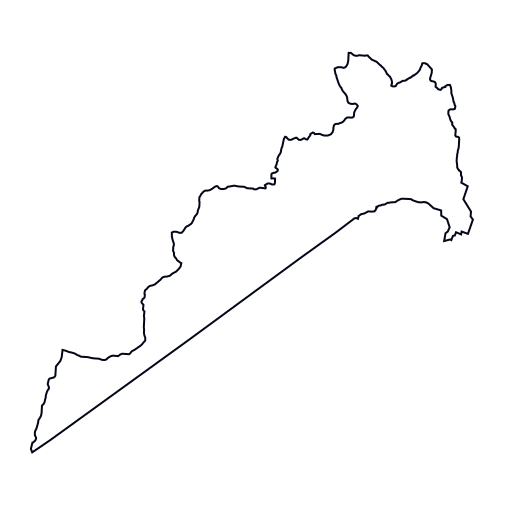 El Guarco, Cartago, Costa Rica (Mercator projection), rotated 93°
{"feature_id": "36466004B87567829139505", "entity_name": "El Guarco", "entity_type": "district", "adm_level": 2, "iso_a3": "CRI", "parent_name": "Costa Rica", "parent_adm1": "Cartago", "projection": "mercator", "projection_center": [-83.936, 9.732], "detail": "fine", "context": "isolated", "style": "outline", "palette": "ink", "viewbox_px": 512, "rotation_deg": 93, "n_neighbors": 0, "source": "geoboundaries", "source_scale": "gbopen_adm2", "svg_char_len": 5925}
<svg xmlns="http://www.w3.org/2000/svg" viewBox="0 0 512 512"><g transform="rotate(93 256 256)"><path d="M463.8,469.2L450.5,451.7L344.0,319.6L254.0,209.5L228.7,177.9L213.3,159.7L212.8,158.1L213.5,156.1L210.7,155.6L208.7,153.1L207.9,150.1L205.6,146.3L205.6,142.4L205.2,139.9L204.6,139.7L203.8,138.9L202.7,138.7L201.2,137.7L201.1,138.4L200.7,138.4L199.2,135.5L199.0,134.1L198.1,132.5L198.1,131.3L197.7,129.9L195.9,127.2L195.9,126.1L195.7,125.0L195.4,124.4L195.0,120.2L194.6,119.2L193.4,117.8L191.9,115.2L191.3,113.9L191.1,112.5L191.1,104.0L191.9,103.0L192.6,101.0L193.8,96.7L193.8,93.2L193.4,92.2L193.4,89.5L193.6,89.4L193.6,88.6L194.7,86.4L199.0,81.1L200.8,73.5L206.0,73.1L209.2,67.2L217.2,64.1L221.6,65.8L223.3,67.9L231.2,68.9L229.3,62.9L229.9,61.8L225.6,60.4L225.1,58.5L221.8,57.5L223.7,52.3L220.8,51.9L222.8,45.5L208.3,41.3L205.2,43.8L200.4,43.6L188.4,51.9L175.3,48.2L172.0,54.8L169.4,54.4L166.7,54.4L165.3,55.2L164.6,55.3L164.4,55.6L161.7,55.6L160.4,56.8L160.0,57.7L159.7,57.7L159.2,58.1L158.3,59.1L156.6,59.8L155.1,59.8L150.8,60.6L147.3,60.6L146.6,60.4L143.9,60.4L142.1,60.0L140.2,60.0L138.0,59.4L135.7,59.2L128.3,59.2L127.3,59.4L126.5,60.2L126.3,62.4L125.3,63.3L120.1,63.1L118.8,63.3L118.4,63.7L118.4,64.1L116.8,65.1L114.6,67.0L112.3,67.0L111.5,68.0L109.6,69.1L106.8,70.0L104.1,71.4L100.9,71.4L100.4,71.0L99.6,70.1L99.3,69.2L99.3,67.3L98.9,65.5L98.7,65.2L96.9,64.8L95.7,64.8L95.0,65.4L92.9,66.0L91.8,66.7L87.4,67.8L83.0,69.5L81.1,69.5L77.7,70.1L75.0,71.3L75.2,73.9L75.5,74.1L76.5,75.8L77.3,75.8L78.2,78.7L78.8,79.3L79.2,79.3L80.0,79.8L80.5,80.6L79.8,83.0L78.9,83.7L77.7,85.5L74.6,85.5L73.7,85.9L72.8,86.6L72.4,87.9L72.2,89.6L71.9,90.5L70.9,91.3L70.2,91.5L68.3,91.2L63.9,90.1L60.5,90.1L55.5,95.1L55.2,96.2L54.7,96.8L54.7,99.5L55.0,100.1L57.2,100.5L59.7,101.7L60.9,101.9L62.5,102.8L64.9,104.7L67.1,107.4L67.3,108.1L67.6,108.1L67.6,108.5L68.1,109.1L69.4,110.4L69.5,111.1L70.1,111.5L70.1,111.9L70.9,113.2L71.7,114.0L71.7,114.4L72.0,114.6L72.3,115.2L72.6,115.3L73.2,116.5L73.4,118.7L75.1,121.2L75.8,123.1L76.9,124.3L79.0,125.4L79.4,126.6L79.4,128.6L78.9,129.8L78.5,129.9L76.9,129.3L74.9,129.3L72.5,130.1L69.9,131.6L68.8,133.1L68.0,133.7L67.4,134.7L64.7,136.1L61.5,138.7L60.1,140.7L59.4,141.1L58.6,142.4L55.8,145.6L53.7,150.9L53.4,151.1L51.1,153.9L49.9,154.9L49.9,156.4L50.3,157.4L50.1,163.5L50.8,165.5L50.8,167.0L50.4,168.8L48.2,171.9L48.3,174.1L55.6,174.1L57.1,174.2L59.3,174.6L60.7,175.2L62.6,176.4L63.4,177.9L63.4,179.4L63.0,180.5L63.2,184.3L64.7,187.2L65.9,187.2L69.9,186.2L71.7,185.2L72.8,185.1L79.8,182.3L82.1,181.0L84.0,179.3L85.0,179.0L85.9,178.5L87.3,177.4L88.6,176.1L89.2,175.7L89.6,175.1L91.5,173.9L93.1,173.3L96.5,172.7L98.3,171.6L99.1,169.3L99.1,167.0L98.7,166.1L98.7,164.6L99.3,163.6L100.6,162.3L101.4,162.3L103.3,163.3L104.1,164.0L107.3,165.4L111.1,165.6L111.8,165.8L112.8,167.2L112.8,171.1L113.1,172.5L114.5,174.1L116.1,175.0L117.6,176.4L118.7,178.3L118.8,179.0L119.7,180.6L119.9,183.2L120.7,184.5L121.9,185.1L123.8,185.4L126.1,185.4L128.3,186.0L130.5,187.5L131.9,190.5L132.1,194.3L131.8,195.8L130.7,198.6L131.2,203.6L130.0,204.7L129.7,205.7L131.4,208.1L132.8,208.2L135.0,209.8L136.3,210.3L137.0,210.8L136.7,212.6L135.9,213.8L135.9,214.3L137.4,216.7L137.8,217.8L137.7,219.3L135.8,221.6L135.7,222.1L136.8,224.6L137.7,226.0L138.2,227.4L138.2,229.2L137.8,229.9L135.6,232.1L135.4,233.2L137.8,234.3L145.5,235.5L146.8,236.1L151.4,236.8L153.2,237.6L153.4,237.9L155.1,238.8L157.6,239.7L158.3,239.7L159.6,239.2L161.1,239.9L163.6,240.3L166.1,241.3L166.6,241.3L167.0,240.9L167.5,239.9L168.4,238.8L169.8,238.8L170.7,239.7L171.8,241.3L172.0,242.7L172.9,244.6L173.8,244.9L177.7,244.7L177.8,244.1L177.6,243.4L177.6,241.4L177.7,241.0L181.9,240.9L183.1,241.2L183.6,241.7L183.7,243.9L182.9,245.7L182.9,247.7L183.1,248.4L184.8,250.9L185.3,250.9L185.9,250.2L186.4,249.9L187.7,249.9L188.0,250.1L187.6,255.4L187.7,256.1L189.4,259.2L189.5,261.4L188.8,262.4L188.8,268.3L187.5,271.5L187.5,276.9L186.9,281.4L188.4,288.0L189.8,289.2L190.3,290.1L190.9,292.3L190.9,294.6L190.2,296.5L188.8,297.6L188.3,298.4L188.3,299.1L188.9,300.6L190.8,302.8L192.6,305.5L193.2,307.7L193.3,309.9L194.0,311.2L195.5,312.7L196.0,312.9L197.1,314.0L198.9,314.7L200.3,315.6L204.0,315.6L205.1,315.2L209.8,315.2L213.9,316.5L215.6,316.6L217.4,317.3L219.1,318.7L221.0,319.8L222.6,320.1L226.4,321.8L227.2,322.4L229.7,325.7L230.1,326.8L231.1,327.8L234.7,329.8L236.7,331.5L236.9,333.4L236.0,336.7L236.0,339.4L237.0,341.3L241.1,341.0L244.0,340.2L248.1,338.6L249.3,338.6L251.4,339.1L255.1,339.1L257.2,338.0L259.0,338.0L260.3,337.6L261.6,336.8L262.4,335.8L264.4,334.5L266.8,330.9L267.0,330.2L270.3,330.7L272.9,332.4L275.7,334.9L278.0,338.7L280.2,340.9L281.3,344.2L281.3,345.4L281.7,347.0L282.5,348.5L284.6,350.1L289.6,355.4L290.7,357.7L291.5,360.6L292.7,362.0L294.6,363.4L296.1,365.0L298.2,365.4L299.5,365.4L300.3,365.0L303.2,365.1L304.3,366.0L304.9,366.9L306.3,367.3L306.8,367.8L308.0,368.0L308.9,367.6L310.7,365.8L315.2,366.1L316.1,365.6L317.2,364.5L321.6,364.8L324.2,364.3L333.1,364.3L335.3,363.9L338.2,363.9L340.1,363.6L341.9,363.0L343.3,362.3L346.0,362.2L346.7,362.5L347.9,363.6L350.2,365.2L351.6,366.6L356.0,372.3L357.7,375.2L359.5,376.3L360.7,377.5L360.6,384.4L361.3,386.1L363.2,388.5L363.0,393.4L363.4,395.2L364.6,397.3L365.9,399.0L366.9,399.7L367.8,401.5L367.8,404.2L366.8,407.4L366.7,412.9L366.4,415.5L365.8,418.5L365.7,425.7L364.8,427.4L364.2,429.5L363.2,431.1L362.6,432.8L361.9,435.8L361.8,437.3L360.5,441.3L359.9,444.3L367.1,444.7L370.2,445.6L371.2,446.0L372.3,446.8L376.7,450.0L386.0,450.1L387.2,450.8L387.9,451.6L389.1,455.4L389.6,456.1L390.7,456.6L394.8,457.3L398.0,455.9L399.5,455.9L400.7,456.9L402.7,457.7L406.0,458.5L409.1,458.7L410.2,459.1L412.6,459.4L414.8,460.3L416.6,461.9L424.0,461.9L426.7,462.3L428.7,463.2L431.2,464.7L433.8,464.9L438.1,465.8L440.2,466.4L442.5,467.4L443.8,467.6L446.7,467.4L448.7,466.2L449.7,466.0L451.2,466.5L452.3,467.2L453.7,468.6L454.1,469.5L460.3,470.7L463.8,469.2Z" fill="none" stroke="#020617" stroke-width="2"/></g></svg>